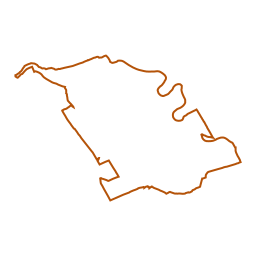 Iancu Jianu, Olt, Romania (Equal Earth projection)
{"feature_id": "2599482B6640532934930", "entity_name": "Iancu Jianu", "entity_type": "district", "adm_level": 2, "iso_a3": "ROU", "parent_name": "Romania", "parent_adm1": "Olt", "projection": "equal_earth", "projection_center": [24.005, 44.501], "detail": "fine", "context": "isolated", "style": "outline", "palette": "amber", "viewbox_px": 256, "rotation_deg": 0, "n_neighbors": 0, "source": "geoboundaries", "source_scale": "gbopen_adm2", "svg_char_len": 5637}
<svg xmlns="http://www.w3.org/2000/svg" viewBox="0 0 256 256"><path d="M235.4,164.1L237.1,163.4L238.2,163.2L238.8,162.8L240.6,162.1L240.2,161.1L239.9,160.0L238.7,157.7L237.6,155.9L236.1,152.6L235.6,150.9L235.6,147.9L235.4,148.0L233.0,143.7L232.6,143.0L232.3,142.7L231.9,142.5L231.4,142.4L230.6,141.8L229.9,141.5L228.8,140.7L227.5,139.6L226.2,138.7L224.9,138.0L223.7,137.6L222.5,137.5L221.0,137.6L220.5,137.7L218.6,138.3L216.8,139.0L215.9,139.6L215.3,139.9L212.9,140.8L210.9,141.1L208.6,141.2L206.4,141.1L205.5,140.8L204.7,140.5L204.1,140.0L203.3,139.3L202.8,138.6L202.3,137.8L202.2,137.3L201.8,135.8L201.4,134.6L201.5,134.5L202.0,134.3L202.4,134.4L203.6,135.2L205.1,135.6L206.6,136.4L207.4,136.7L208.7,137.0L210.5,137.1L210.9,137.3L211.5,137.4L213.0,137.7L212.6,137.2L210.2,132.8L207.2,127.7L206.9,126.8L205.9,125.2L204.2,121.9L203.8,121.7L203.7,121.4L202.9,119.9L202.2,119.0L202.0,118.4L201.3,117.4L200.2,115.5L198.4,112.5L198.0,111.9L197.6,111.1L196.5,109.5L195.1,110.3L194.0,110.8L189.4,113.1L187.9,113.8L187.3,114.2L186.9,114.7L186.0,115.4L184.5,116.1L183.7,116.8L183.5,117.2L183.0,118.7L182.6,119.5L182.1,120.0L181.6,120.2L180.6,120.6L179.9,120.7L178.6,120.8L177.1,120.6L175.6,120.1L175.0,119.6L174.3,118.9L173.5,117.8L173.2,117.3L173.0,116.2L172.9,115.6L172.9,114.6L173.0,113.9L173.3,112.9L173.7,112.2L174.3,111.5L177.2,109.1L180.3,107.8L181.6,107.0L182.5,106.3L183.2,105.7L184.3,104.4L184.8,103.5L185.2,102.7L185.2,101.6L185.2,100.2L185.1,99.5L184.5,98.2L183.7,96.7L183.1,95.3L182.3,93.4L181.7,91.4L181.4,89.7L181.7,88.3L181.8,85.8L181.5,85.4L181.1,85.0L180.2,84.3L179.8,84.2L178.5,84.1L177.7,84.2L176.0,84.8L175.1,85.4L173.9,86.6L173.4,87.3L172.4,89.6L170.0,92.0L169.0,93.2L168.0,94.1L166.3,94.9L165.2,95.3L164.1,95.8L163.3,96.0L162.7,96.0L162.0,95.8L160.8,95.4L160.4,95.1L159.2,94.0L158.5,93.1L158.0,91.6L157.7,90.5L157.7,89.9L158.2,88.7L158.8,87.9L160.2,86.4L161.4,85.6L162.2,84.8L163.8,82.7L164.3,81.9L164.6,81.2L165.7,79.4L165.9,78.8L166.0,77.6L165.8,76.9L165.5,76.3L164.8,75.2L164.1,74.6L163.2,73.8L161.5,72.6L159.8,71.7L158.9,71.4L157.2,71.2L154.5,71.5L149.0,71.6L146.5,71.5L144.1,71.1L139.0,69.9L136.4,69.0L132.9,67.4L128.7,65.0L123.5,61.5L121.8,60.8L119.9,60.6L118.0,60.7L117.2,61.4L116.3,61.9L113.5,62.7L112.2,62.9L110.2,61.9L110.0,61.5L109.7,60.4L108.3,58.0L106.9,56.4L106.0,55.6L105.8,55.6L104.2,56.1L102.1,57.3L101.5,57.5L100.3,57.5L99.1,57.7L98.9,57.6L98.7,57.3L97.9,56.8L96.8,56.9L94.8,57.7L94.2,57.7L93.2,58.1L91.1,59.1L90.1,59.4L89.5,59.8L88.3,60.1L87.9,60.1L87.8,60.4L87.5,60.4L87.2,60.6L86.0,61.0L84.1,61.8L82.8,62.5L80.5,63.2L79.8,63.4L72.7,66.0L64.5,67.8L62.6,68.3L60.8,68.7L60.0,69.0L59.1,69.0L58.4,68.9L57.6,69.3L56.1,69.6L55.7,69.6L54.9,69.4L54.1,68.8L53.5,68.6L51.2,67.9L50.8,68.1L48.5,68.4L46.7,69.0L45.9,69.2L45.6,69.0L44.9,68.5L43.6,68.3L42.7,68.4L42.3,68.5L41.2,67.9L40.6,67.4L40.1,67.3L38.9,67.0L38.3,66.4L38.2,66.1L37.5,65.5L37.2,65.0L34.6,63.6L31.2,63.2L30.7,63.3L30.5,63.5L29.1,63.9L27.3,64.6L25.7,65.4L25.2,65.7L24.6,65.9L24.2,66.8L23.7,67.3L22.7,68.7L22.0,70.0L20.9,71.4L20.6,71.7L20.1,71.9L19.1,73.0L18.2,73.6L17.3,74.1L16.8,74.7L16.6,74.8L15.4,75.2L15.5,76.5L17.2,77.6L17.7,77.7L17.9,77.5L18.7,76.7L19.7,75.8L20.7,74.5L22.3,73.9L23.4,72.6L24.7,71.1L26.4,69.4L27.0,69.0L29.5,67.8L32.1,66.8L33.0,68.9L34.2,71.8L34.9,71.4L35.5,71.3L37.4,71.9L39.5,72.9L40.5,73.6L41.5,74.4L42.6,75.9L43.1,76.4L43.5,76.9L44.2,77.5L46.4,79.0L52.3,82.4L53.6,82.9L56.5,83.7L58.3,84.7L59.9,85.3L62.4,86.3L64.9,86.9L64.8,87.1L64.9,87.4L64.9,87.9L65.0,88.1L66.1,89.8L66.2,90.5L66.2,92.2L66.3,93.1L66.4,93.4L66.3,93.5L66.7,93.9L66.9,94.4L66.9,95.5L67.3,97.3L67.5,99.2L67.8,100.6L69.2,102.2L69.9,103.0L70.7,103.7L71.9,105.1L72.3,105.5L73.3,106.8L73.4,107.1L72.3,106.4L71.8,105.8L71.5,105.5L71.1,105.4L70.7,105.5L68.5,107.3L67.7,107.7L66.6,108.6L65.5,109.0L64.2,109.3L63.2,110.0L62.4,110.3L62.2,110.5L62.3,110.9L63.5,113.0L63.9,113.7L65.1,115.6L66.6,118.3L67.4,119.6L68.6,121.3L70.5,123.8L71.3,125.1L73.9,128.6L74.6,128.8L74.8,129.0L75.0,129.3L75.6,130.1L77.0,132.0L78.6,134.5L79.7,135.6L81.4,138.2L88.0,146.6L92.1,151.8L92.6,152.3L96.7,159.3L97.1,159.3L97.6,159.0L98.9,158.0L99.0,158.0L98.8,158.8L98.3,159.6L98.1,160.2L97.6,160.6L97.5,160.8L99.6,164.5L105.5,161.8L108.8,160.5L113.3,167.9L115.4,171.1L116.2,172.6L117.3,174.3L118.6,176.7L118.0,176.9L117.7,177.0L116.8,177.3L113.2,178.7L108.5,180.9L108.1,180.9L106.5,180.1L103.3,179.0L102.0,178.7L101.1,178.1L100.8,178.1L100.2,178.4L100.5,180.8L100.7,182.5L100.9,183.5L102.4,186.0L103.8,188.7L108.0,196.1L110.3,200.4L123.3,194.7L129.2,192.5L129.7,192.1L130.9,191.5L133.5,190.4L135.0,189.9L137.7,188.8L138.0,188.4L138.4,188.2L140.2,187.7L142.2,187.4L143.6,187.0L144.2,187.2L144.3,187.4L144.3,187.9L146.0,186.7L147.1,186.4L147.3,186.6L147.8,186.8L148.0,186.8L148.1,186.5L148.3,186.6L148.3,186.9L148.4,187.2L148.5,187.3L149.0,187.1L149.3,187.2L149.5,187.8L149.5,188.1L151.3,186.7L151.8,186.5L152.2,187.1L153.3,187.4L153.9,187.9L158.7,189.7L160.5,190.7L161.5,191.0L164.6,192.4L165.9,193.3L166.2,193.6L166.3,193.7L167.8,193.0L169.3,192.1L170.0,191.9L170.7,192.2L174.5,193.5L175.5,193.6L176.4,193.5L177.1,193.7L177.6,193.6L179.5,193.5L182.7,193.8L184.3,193.7L185.2,193.5L185.7,193.1L188.1,192.4L188.3,192.3L188.9,192.6L189.4,192.5L190.2,192.3L191.0,191.8L191.7,191.5L192.0,191.2L192.3,190.6L192.6,190.2L193.6,189.8L194.6,189.4L195.3,188.9L195.5,188.7L196.2,188.2L197.4,187.8L198.4,187.5L200.1,186.7L200.3,185.7L202.2,178.5L203.0,178.5L205.7,177.5L205.7,176.8L205.8,175.2L206.0,174.7L206.4,174.0L207.1,173.1L207.6,172.4L208.2,172.0L209.0,171.7L218.0,169.1L221.3,168.2L222.7,167.8L223.5,167.4L225.4,166.9L226.8,166.7L235.4,164.1Z" fill="none" stroke="#b45309" stroke-width="2"/></svg>